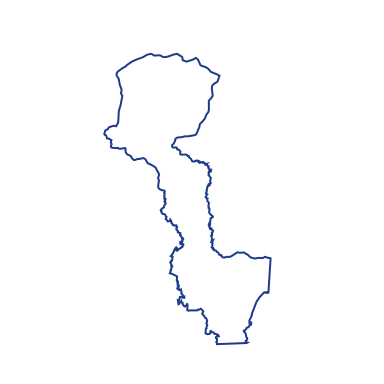 Pak Phli, Nakhon Nayok, Thailand, rotated 302°
{"feature_id": "78962969B43215001089078", "entity_name": "Pak Phli", "entity_type": "district", "adm_level": 2, "iso_a3": "THA", "parent_name": "Thailand", "parent_adm1": "Nakhon Nayok", "projection": "mercator", "projection_center": [101.301, 14.217], "detail": "fine", "context": "isolated", "style": "outline", "palette": "blue", "viewbox_px": 384, "rotation_deg": 302, "n_neighbors": 0, "source": "geoboundaries", "source_scale": "gbopen_adm2", "svg_char_len": 6049}
<svg xmlns="http://www.w3.org/2000/svg" viewBox="0 0 384 384"><g transform="rotate(302 192 192)"><path d="M147.2,310.1L177.4,293.8L177.1,292.4L176.6,291.9L175.7,288.2L174.0,287.4L172.6,285.6L171.7,283.7L168.7,280.3L167.6,276.5L168.4,272.0L168.1,271.0L168.4,268.5L165.6,264.4L165.0,262.5L158.0,259.2L156.5,257.8L155.5,255.8L153.6,254.2L152.8,252.6L153.1,251.1L154.0,250.5L153.9,249.8L153.4,249.2L153.3,248.3L154.5,246.4L154.5,244.3L155.0,243.6L154.3,241.1L154.7,240.4L155.2,240.4L155.0,239.5L155.7,239.4L155.5,238.1L157.1,237.9L158.7,236.7L159.4,236.7L159.9,235.8L159.7,234.9L160.6,234.9L161.0,235.5L162.1,235.4L161.5,235.0L161.4,234.5L162.6,234.3L162.8,233.6L164.5,232.4L165.1,231.4L166.0,231.9L166.6,231.3L167.1,231.4L167.8,230.4L169.2,230.7L170.4,230.3L170.4,228.9L171.1,228.1L170.4,228.0L170.3,226.8L171.2,226.3L171.5,225.1L172.8,225.0L172.8,223.7L173.5,223.6L173.8,224.3L174.5,224.4L174.8,224.2L174.4,223.4L174.7,223.1L176.7,223.1L179.5,221.7L181.6,222.9L182.3,222.7L182.9,219.1L183.8,217.3L187.1,215.7L187.3,214.4L188.1,214.3L189.0,213.1L191.1,212.6L192.3,211.2L192.3,210.1L193.5,209.0L194.7,208.7L194.5,207.5L194.9,206.2L196.1,206.3L196.9,205.9L198.1,206.2L198.4,204.4L200.0,204.3L200.9,203.9L201.3,203.3L202.9,203.1L203.7,202.4L205.1,202.5L205.9,202.0L206.4,202.3L206.7,203.2L207.2,203.3L207.3,202.3L207.7,202.0L208.7,202.9L209.7,203.1L210.4,201.7L213.9,200.6L215.1,197.0L216.3,196.8L217.2,195.7L217.6,195.6L218.5,196.5L220.0,196.2L219.9,196.9L221.1,196.4L220.5,195.5L219.5,195.3L220.6,194.7L221.0,193.2L221.9,193.0L222.0,192.3L222.5,192.2L222.3,191.5L223.1,190.5L222.6,189.6L223.9,189.8L222.9,188.8L223.2,187.6L222.7,187.4L223.5,185.7L222.9,185.0L222.3,185.1L222.0,183.3L221.5,183.7L220.8,183.0L221.1,182.6L220.8,181.7L221.9,181.0L221.8,180.3L220.7,179.3L220.8,178.7L219.2,178.0L218.1,176.1L219.6,173.3L219.8,171.2L220.8,170.4L220.2,169.3L220.9,168.3L220.3,166.6L218.0,163.2L217.8,162.2L218.1,161.6L220.0,160.9L220.8,159.0L220.4,156.7L221.1,156.4L221.5,155.1L219.7,152.4L219.7,151.5L220.2,150.9L221.2,150.3L222.9,150.8L226.3,150.6L228.1,149.8L230.3,150.6L233.3,154.5L235.5,156.5L237.2,159.3L241.8,164.3L243.0,165.0L250.6,163.9L253.8,162.7L257.2,163.5L261.1,164.0L265.2,163.2L268.5,163.5L270.8,162.7L278.3,157.9L281.9,158.6L284.7,158.5L290.2,154.0L292.7,152.8L295.8,153.4L298.1,154.8L299.4,155.1L305.1,153.7L305.1,151.7L303.9,144.3L305.1,140.4L305.2,137.5L304.1,133.3L304.1,131.9L307.4,127.0L307.8,124.6L307.7,124.2L304.7,122.6L299.6,118.2L298.9,114.5L299.1,113.9L301.0,112.6L301.3,111.9L301.3,106.2L299.0,103.7L294.0,99.8L291.7,97.1L291.1,95.8L291.1,93.4L290.7,92.0L287.6,87.5L287.7,84.9L287.3,83.8L284.2,80.9L280.5,79.1L274.6,74.5L270.6,71.9L265.4,69.6L263.0,69.1L261.0,67.8L257.0,66.1L254.4,65.2L252.7,65.2L250.8,66.4L249.2,69.8L244.3,74.3L242.2,77.3L240.9,78.4L237.9,79.5L236.9,81.6L236.1,82.2L228.4,85.2L221.8,87.1L212.0,92.5L207.6,92.9L206.6,90.3L202.9,87.3L200.4,87.3L199.1,86.2L198.1,85.9L194.7,86.9L194.3,87.6L194.5,89.2L192.4,91.6L193.3,93.6L193.1,95.0L193.3,96.2L191.0,96.9L190.0,98.5L187.8,98.9L187.1,99.9L187.2,100.8L189.0,104.4L190.1,105.7L190.0,106.9L190.5,108.2L193.8,111.9L193.6,112.6L190.8,114.4L190.2,115.4L189.6,117.3L190.1,120.8L188.7,123.6L188.3,125.7L188.8,126.5L191.0,128.3L192.7,130.5L194.8,132.4L195.1,133.9L195.0,135.3L192.9,139.2L193.5,142.7L193.5,147.9L190.0,154.1L189.2,155.0L186.1,155.7L184.1,158.0L180.6,159.4L178.2,160.8L177.5,161.8L177.3,163.2L177.6,165.8L178.5,167.3L178.3,168.4L177.5,168.9L176.4,168.8L176.1,169.6L174.7,170.4L173.9,170.4L173.0,171.5L172.0,171.8L171.8,172.2L172.3,172.7L172.1,173.2L171.1,173.0L170.9,173.6L170.3,173.6L169.7,174.4L169.2,174.0L168.4,175.7L165.6,175.7L164.1,176.4L161.9,175.2L160.7,175.2L160.2,175.9L159.7,175.4L158.9,176.4L157.8,178.6L158.6,180.1L158.3,181.7L157.1,183.2L157.2,183.7L155.1,184.1L154.8,186.0L154.2,187.1L155.6,188.6L157.1,188.2L156.5,189.6L154.8,191.0L155.0,191.6L153.9,193.0L154.3,193.3L154.1,194.4L154.4,194.6L154.4,195.6L155.4,196.1L154.6,197.8L154.2,198.1L153.3,197.8L151.8,198.7L152.0,199.6L151.3,200.7L150.8,200.9L150.9,201.4L150.3,201.6L150.9,203.8L150.1,203.9L149.8,204.9L148.9,205.0L148.5,206.8L147.7,207.5L147.6,208.1L148.0,208.5L147.4,209.5L145.8,209.0L145.4,210.0L144.0,210.1L143.4,208.5L143.0,208.6L141.8,209.8L142.9,210.6L143.1,212.0L142.7,212.0L142.8,212.5L142.5,212.7L141.9,212.3L140.5,213.0L139.7,212.2L138.9,212.3L137.5,211.7L137.4,211.4L134.3,210.5L134.1,209.7L134.6,209.1L136.4,209.2L136.7,207.9L134.2,207.6L130.5,208.3L127.2,208.2L127.0,209.5L126.6,209.5L126.4,209.2L126.4,210.0L123.4,211.4L123.0,211.4L122.6,210.8L121.5,211.4L120.8,210.9L119.6,212.8L119.0,213.0L118.9,214.2L118.1,214.2L118.1,214.6L116.5,214.7L116.0,215.3L114.4,215.2L114.3,215.7L111.3,216.3L112.0,218.3L112.5,224.1L109.0,225.9L109.0,226.8L108.1,227.1L108.2,227.5L107.6,227.7L107.8,228.2L105.8,228.8L105.9,230.3L104.6,231.0L104.1,230.2L102.3,230.7L102.1,232.8L102.8,232.8L102.6,234.3L103.3,234.4L101.6,236.2L100.2,236.7L99.9,238.6L98.6,239.1L99.4,240.9L98.1,241.5L96.6,237.4L93.5,238.4L93.0,238.0L92.8,237.3L89.7,240.0L90.4,240.4L91.7,239.6L92.6,240.7L93.7,240.7L92.6,241.8L93.1,242.7L91.6,243.9L91.0,246.4L91.3,246.8L91.8,246.7L92.7,247.4L94.3,247.1L94.4,247.7L89.2,250.7L89.6,252.2L90.3,252.7L94.2,258.9L94.7,259.4L95.6,259.5L95.9,260.3L97.6,261.3L97.5,262.7L96.6,264.9L94.1,265.2L93.2,268.3L92.4,269.3L92.3,271.3L90.4,273.4L88.1,273.8L87.4,275.4L85.0,275.9L84.1,276.6L83.2,276.3L79.4,278.3L79.4,280.0L80.7,281.9L81.7,282.3L83.4,281.4L84.2,281.7L83.7,283.0L84.3,284.9L83.6,286.2L84.3,287.4L84.3,288.5L84.8,289.8L83.9,291.2L82.9,289.7L81.7,289.2L80.7,289.9L80.7,291.1L79.1,292.0L77.6,292.1L77.5,292.9L76.2,293.8L92.9,318.4L93.7,318.8L93.2,317.3L94.0,316.4L95.9,316.9L97.3,316.3L97.8,314.8L99.1,313.8L100.8,311.8L101.1,310.1L101.6,309.5L104.5,310.6L105.9,310.3L106.9,311.3L108.9,311.7L109.9,311.2L110.8,312.4L112.7,311.5L112.5,310.3L111.7,309.9L113.1,308.9L119.6,308.0L120.1,307.4L133.6,304.8L136.3,305.1L137.9,304.9L145.3,306.4L145.6,306.8L145.5,307.8L146.5,309.1L147.1,308.8L147.6,309.6L146.9,309.8L147.2,310.1Z" fill="none" stroke="#1e3a8a" stroke-width="2"/></g></svg>